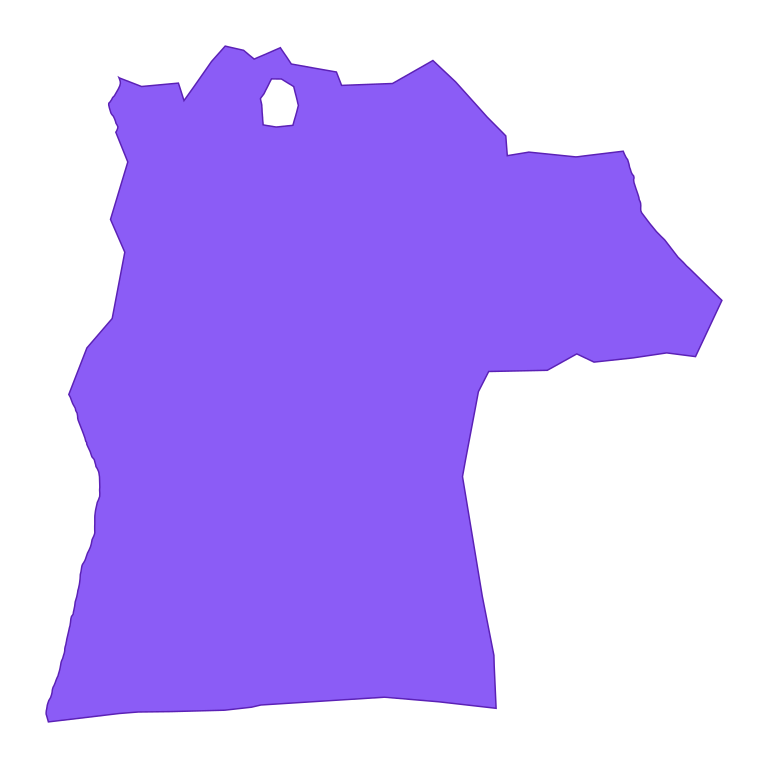 the district of Sergelen, Töv, Mongolia
{"feature_id": "93677404B51496043907868", "entity_name": "Sergelen", "entity_type": "district", "adm_level": 2, "iso_a3": "MNG", "parent_name": "Mongolia", "parent_adm1": "Töv", "projection": "orthographic", "projection_center": [106.911, 47.411], "detail": "fine", "context": "isolated", "style": "filled", "palette": "violet", "viewbox_px": 768, "rotation_deg": 0, "n_neighbors": 0, "source": "geoboundaries", "source_scale": "gbopen_adm2", "svg_char_len": 5150}
<svg xmlns="http://www.w3.org/2000/svg" viewBox="0 0 768 768"><path d="M48.4,721.9L119.2,713.5L138.2,712.0L170.9,711.6L224.6,710.2L251.5,707.2L260.9,705.0L384.3,697.2L438.8,701.8L496.1,708.3L494.2,665.8L493.9,655.3L482.3,596.3L462.5,476.6L465.5,460.0L474.8,410.9L478.4,391.7L488.7,371.5L547.3,370.3L576.8,353.9L594.0,362.1L633.0,357.9L666.7,352.9L695.5,356.6L721.9,300.4L689.4,268.5L686.5,265.9L683.6,262.7L678.0,257.2L664.7,239.9L661.1,236.4L656.4,231.6L649.6,223.3L641.6,212.7L640.8,210.6L640.7,209.3L640.7,207.5L640.8,205.8L640.6,203.1L640.1,201.5L639.2,199.6L638.9,197.6L638.3,195.5L637.5,193.1L635.9,188.5L634.0,182.6L633.6,179.6L633.9,178.8L634.0,177.7L633.7,176.0L632.3,174.3L631.4,172.6L630.9,171.2L630.4,169.4L629.6,167.3L629.0,164.2L627.7,159.8L626.1,157.5L624.5,154.3L623.2,151.2L584.3,155.9L578.2,156.7L575.8,156.9L528.8,152.1L527.2,152.4L507.7,155.6L507.3,155.7L506.6,146.7L505.8,136.0L505.8,135.9L503.2,133.2L487.0,116.9L479.7,108.7L455.8,82.1L455.4,81.7L432.9,60.5L392.5,83.5L341.6,85.4L336.4,72.0L312.4,67.8L291.3,64.0L286.2,56.3L285.2,54.9L280.7,48.3L280.4,47.7L262.3,55.6L257.3,57.7L254.1,59.1L253.6,58.6L249.4,55.2L243.6,50.3L228.6,46.9L225.7,46.2L225.2,46.1L211.5,61.5L205.6,70.0L194.2,86.3L184.0,100.6L180.0,88.0L178.4,83.1L141.6,86.5L141.3,86.4L119.3,77.9L119.0,77.7L119.2,78.2L120.2,81.2L120.4,83.3L119.8,85.8L118.3,89.0L114.4,95.8L112.7,97.5L111.5,99.8L110.0,102.0L108.8,103.2L108.7,104.9L109.4,108.0L110.9,113.0L111.9,114.6L113.4,116.3L114.6,118.9L115.5,121.4L116.0,123.3L117.1,125.1L117.9,126.8L117.7,128.3L116.7,130.8L115.8,132.2L127.8,162.0L110.5,219.4L124.8,252.2L112.2,318.5L86.9,347.9L68.8,394.5L70.3,397.2L71.5,400.5L72.7,403.6L73.8,405.6L75.3,408.3L75.7,410.5L77.1,413.1L77.6,416.1L77.7,418.2L78.2,420.3L81.5,428.8L82.3,430.8L83.5,434.0L85.0,438.2L85.7,441.1L86.6,442.4L86.8,444.3L87.8,446.6L90.2,451.7L91.0,454.2L91.9,456.8L94.2,459.5L94.6,461.1L95.6,464.6L96.0,466.7L97.2,468.5L98.6,471.6L98.9,472.8L99.5,476.8L99.7,483.2L99.8,487.2L99.6,490.0L99.8,493.4L99.7,496.5L98.3,500.2L97.3,502.3L96.6,505.5L95.6,510.0L95.3,512.1L95.1,513.8L94.9,515.3L94.8,517.2L94.8,519.8L94.8,524.0L94.7,526.2L94.7,529.3L94.8,532.6L94.5,534.1L93.8,536.0L92.1,539.6L91.6,542.2L91.3,543.9L90.9,545.3L90.4,547.0L89.0,550.2L87.5,553.1L86.7,555.4L85.6,558.7L84.9,560.5L83.7,562.6L82.8,563.9L82.1,565.3L81.7,567.0L81.3,569.6L81.0,571.6L80.6,573.2L80.3,574.5L80.2,576.7L80.1,578.6L79.9,580.4L79.6,582.7L79.3,584.7L78.9,586.5L78.5,588.4L77.9,590.4L77.5,593.1L76.7,596.9L76.0,599.2L75.2,601.9L74.7,606.0L73.9,610.0L73.4,612.2L73.2,613.9L72.6,615.0L71.5,616.4L71.3,617.2L70.9,618.7L70.5,622.3L70.0,625.7L69.4,627.8L68.4,632.4L67.4,636.6L66.7,639.6L66.5,641.1L66.1,642.9L65.9,644.3L65.1,647.0L64.8,648.8L64.7,650.9L64.3,653.0L63.4,655.8L62.7,658.4L61.7,660.5L61.1,662.3L60.6,665.2L60.1,668.0L59.6,670.2L59.1,672.0L58.5,673.9L58.0,675.9L57.0,677.9L56.1,680.1L55.2,682.7L54.0,685.6L53.2,687.0L52.7,688.4L52.3,690.1L52.1,692.2L51.6,694.5L50.6,697.5L48.8,700.5L47.9,703.1L47.3,705.1L47.0,707.0L46.7,708.9L46.3,710.7L46.1,713.0L46.2,714.4L46.6,715.6L48.4,721.9ZM294.2,120.7L292.9,125.3L291.4,125.5L291.0,125.5L290.5,125.6L290.0,125.6L289.5,125.7L288.9,125.7L288.5,125.8L287.8,125.8L287.4,125.9L286.9,125.9L286.5,126.0L286.1,126.0L285.8,126.1L285.5,126.1L285.2,126.1L284.8,126.2L284.6,126.2L284.2,126.2L283.8,126.3L283.4,126.3L283.0,126.3L282.6,126.4L282.3,126.4L281.9,126.5L281.5,126.5L281.2,126.5L280.9,126.6L280.7,126.6L280.2,126.6L279.9,126.7L279.6,126.7L279.3,126.7L278.9,126.8L278.6,126.8L278.4,126.8L278.2,126.9L277.7,126.9L277.3,126.9L277.0,126.9L276.9,127.0L276.4,127.0L276.0,127.0L275.9,127.0L274.9,126.8L273.4,126.6L273.0,126.5L271.9,126.3L271.7,126.3L271.1,126.2L270.5,126.1L270.0,126.0L269.7,126.0L269.5,125.9L269.4,125.9L269.0,125.9L268.5,125.8L268.0,125.7L267.2,125.6L266.6,125.5L266.1,125.4L265.7,125.3L265.4,125.3L264.9,125.2L263.1,124.8L263.0,122.7L262.9,122.0L262.7,119.9L262.6,117.8L262.6,117.5L262.6,117.4L262.5,117.2L262.5,116.9L262.5,116.7L262.5,116.4L262.5,116.2L262.4,115.8L262.4,115.6L262.4,115.4L262.4,115.2L262.4,114.9L262.4,114.7L262.3,114.4L262.3,114.1L262.3,113.9L262.3,113.7L262.2,113.1L262.2,112.9L262.1,111.6L262.0,108.7L261.8,106.3L261.8,106.0L261.8,105.8L261.8,105.5L261.8,105.2L261.7,104.9L261.7,104.7L261.7,104.4L261.6,104.1L261.5,103.6L261.4,103.3L261.4,103.0L261.3,102.7L261.2,102.5L261.2,102.2L261.1,101.9L261.0,101.6L261.0,101.3L260.9,101.1L260.8,100.8L260.8,100.5L260.7,100.2L260.7,99.9L260.5,99.4L260.5,99.2L260.4,98.8L260.4,98.7L261.2,97.4L262.4,95.9L262.8,95.4L262.9,95.2L263.5,94.4L263.7,94.2L263.9,93.9L264.0,93.7L265.0,91.7L265.3,91.1L265.4,90.9L265.9,89.8L266.0,89.7L267.1,87.6L267.2,87.3L267.5,86.8L268.6,84.6L269.7,82.3L271.5,78.9L280.6,79.0L281.4,79.0L289.0,83.7L289.7,84.1L290.6,84.6L292.0,85.5L293.4,86.4L293.7,86.6L293.8,86.7L293.8,86.8L293.9,87.4L293.9,87.5L294.1,88.0L294.1,88.3L294.2,88.5L295.2,92.7L295.4,93.3L295.7,94.7L295.9,95.2L296.9,99.3L297.2,100.4L297.3,100.9L297.8,103.2L298.4,105.5L298.0,106.9L297.1,110.4L297.1,110.5L297.0,110.8L296.9,111.1L296.9,111.4L296.8,111.6L296.5,112.8L296.1,114.1L295.8,115.3L294.6,119.3L294.2,120.7Z" fill="#8b5cf6" stroke="#5b21b6" stroke-width="1.5"/></svg>